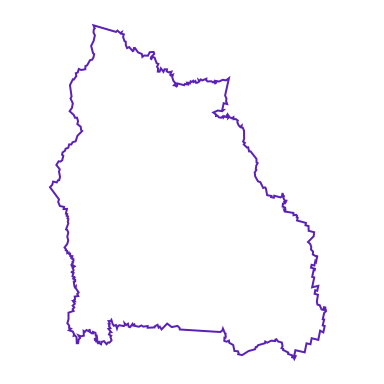 Armidale, New South Wales, Australia (Equal Earth projection), rotated 184°
{"feature_id": "25037944B44637712818530", "entity_name": "Armidale", "entity_type": "district", "adm_level": 2, "iso_a3": "AUS", "parent_name": "Australia", "parent_adm1": "New South Wales", "projection": "equal_earth", "projection_center": [152.07, -30.435], "detail": "fine", "context": "isolated", "style": "outline", "palette": "violet", "viewbox_px": 384, "rotation_deg": 184, "n_neighbors": 0, "source": "geoboundaries", "source_scale": "gbopen_adm2", "svg_char_len": 5878}
<svg xmlns="http://www.w3.org/2000/svg" viewBox="0 0 384 384"><g transform="rotate(184 192 192)"><path d="M301.9,351.4L300.4,348.3L301.3,347.5L301.4,344.3L299.8,341.5L300.7,335.8L302.8,330.7L300.4,323.6L299.2,322.7L299.8,319.0L300.9,317.0L302.9,316.4L305.5,311.0L307.1,310.2L307.0,307.0L311.0,306.0L313.5,306.8L314.3,303.3L316.2,302.4L315.5,299.5L317.8,295.9L318.7,296.1L321.2,290.1L318.8,278.9L319.7,276.8L317.1,272.2L317.6,267.6L319.7,264.1L315.2,260.5L313.9,257.9L311.9,258.1L310.6,254.6L311.1,251.7L307.6,249.4L306.9,246.1L305.8,245.2L310.2,240.1L311.6,234.5L314.6,233.3L315.7,231.0L317.9,230.9L318.5,227.5L321.1,226.4L321.6,224.3L323.9,222.4L324.2,220.1L322.9,219.2L323.7,214.6L325.3,213.2L327.2,213.3L329.2,209.5L325.5,205.4L326.1,203.0L324.7,197.9L325.3,194.6L326.4,194.4L327.6,192.1L331.3,192.7L331.9,189.4L334.0,186.9L324.2,175.4L324.8,172.7L322.8,168.8L318.6,168.2L318.9,166.0L315.6,166.4L316.3,161.6L315.0,161.3L315.4,159.5L314.0,159.0L314.4,157.0L313.4,156.4L313.8,153.5L313.2,152.1L315.0,145.9L313.8,145.4L312.6,142.9L313.3,138.7L312.1,135.1L312.8,131.6L315.3,127.7L313.7,126.0L313.9,125.1L312.5,124.6L312.2,122.3L310.7,123.0L310.3,121.7L309.3,121.9L309.0,119.7L307.6,119.7L307.8,118.6L306.9,119.2L306.9,117.0L305.6,116.7L305.4,115.1L306.3,114.0L305.8,113.2L306.6,112.4L306.1,111.3L307.2,110.6L306.3,109.3L305.5,110.4L303.9,109.7L305.8,107.9L304.7,105.9L305.3,103.8L307.1,104.1L305.3,102.9L304.3,104.0L305.4,99.6L303.9,98.6L302.6,99.4L304.4,97.2L302.4,96.4L302.3,94.7L303.7,94.4L302.7,89.7L302.0,88.6L301.3,89.5L301.3,88.0L298.1,83.9L299.4,82.3L298.2,80.3L301.7,79.5L301.2,76.8L302.1,76.0L301.3,74.9L303.1,74.9L301.1,72.3L303.1,70.3L301.4,68.7L302.9,66.8L301.8,65.1L306.8,63.0L306.3,56.5L307.2,52.4L305.2,50.1L305.1,47.8L303.3,47.2L305.1,45.5L301.2,44.5L299.8,42.1L300.0,40.3L298.8,40.8L297.1,39.2L296.4,33.1L295.0,33.2L294.8,37.0L293.5,38.5L295.2,41.1L292.9,40.3L289.9,41.1L290.4,45.8L289.1,45.0L287.7,46.9L285.0,45.8L284.6,48.1L284.0,45.2L282.1,44.0L280.9,44.1L281.0,45.5L278.5,44.8L278.0,42.0L277.1,42.2L276.6,40.2L278.7,38.8L278.5,37.5L277.6,36.8L276.1,39.2L276.7,36.2L274.4,36.2L275.9,34.1L274.4,35.1L272.1,33.8L271.7,36.2L269.4,37.1L266.6,34.2L265.2,36.1L263.8,36.0L261.9,38.4L263.3,41.8L262.6,42.9L264.9,44.1L263.9,46.5L262.9,46.6L265.8,49.7L263.9,50.5L265.5,52.4L265.0,53.4L265.9,54.5L264.9,55.0L266.2,57.4L264.2,57.6L263.5,58.8L261.9,54.7L260.7,53.1L258.6,54.0L257.3,50.6L256.7,52.9L255.2,54.0L250.6,53.5L249.7,54.8L250.1,56.4L248.3,54.7L246.7,56.1L245.7,53.2L244.4,52.8L242.1,56.3L241.3,54.7L240.2,55.8L239.6,54.4L235.6,53.9L233.2,55.3L231.2,54.3L226.9,55.2L226.8,53.5L219.9,54.3L219.9,55.3L217.1,57.1L215.8,54.4L214.7,55.4L212.8,52.8L207.6,59.0L202.8,55.8L197.2,57.4L195.0,55.7L194.6,54.0L154.1,54.3L152.1,55.9L151.6,57.9L149.3,53.3L147.8,52.8L149.0,52.7L148.2,50.5L148.4,49.0L149.5,49.0L149.4,45.7L146.9,45.1L144.8,46.3L144.3,44.2L140.2,42.2L138.6,36.4L135.1,36.3L134.2,34.5L134.6,33.4L130.6,32.8L124.5,37.3L118.2,39.5L117.6,41.7L116.7,41.7L115.4,43.8L108.7,46.2L108.5,47.9L106.5,46.9L102.6,49.2L98.7,49.1L98.5,50.6L97.5,51.0L95.8,48.9L91.9,48.1L90.9,44.6L91.8,42.5L90.1,41.9L90.2,40.8L84.8,38.6L84.9,37.2L80.4,35.9L80.6,34.1L78.9,33.8L78.3,32.6L77.1,35.5L78.6,35.8L77.8,41.4L68.4,39.9L67.2,49.0L63.2,48.4L62.4,54.5L55.7,53.3L54.5,62.6L51.2,61.1L50.3,67.6L52.3,68.0L51.3,74.0L52.7,74.2L51.7,80.6L50.0,82.5L50.4,84.0L51.3,83.8L51.0,86.1L52.3,86.3L52.7,83.5L54.6,83.9L56.7,88.0L59.0,88.4L59.8,91.4L59.2,98.3L62.6,99.0L62.2,102.6L60.2,102.2L59.5,107.2L65.5,105.3L64.1,115.3L66.2,115.7L65.2,122.7L64.2,122.5L64.0,124.0L68.0,124.8L67.6,127.7L64.8,127.2L64.2,131.6L63.4,130.7L62.5,137.4L63.3,136.3L67.1,138.1L67.1,141.0L69.3,143.0L69.2,145.5L70.4,148.4L72.8,150.2L67.5,156.4L67.4,160.4L72.9,161.4L73.4,166.2L76.5,166.7L76.2,169.1L85.2,170.9L84.8,173.8L85.8,174.1L85.6,175.6L86.5,176.5L89.1,175.9L89.4,178.2L98.2,179.0L99.0,180.9L97.6,180.7L98.0,182.9L100.6,183.8L100.5,186.7L98.7,187.1L99.2,188.3L97.9,188.2L97.3,189.9L98.8,189.9L99.8,191.3L101.0,193.9L99.3,194.0L100.8,194.6L101.6,197.3L102.0,194.1L103.3,192.8L109.7,194.0L110.0,192.0L112.7,192.4L112.5,193.6L116.8,194.1L118.6,200.8L119.5,201.7L121.3,201.0L124.5,206.6L126.9,207.2L130.1,212.1L130.8,215.8L129.3,218.6L130.0,219.4L129.7,223.0L128.5,225.4L129.7,226.1L130.0,229.5L136.4,236.6L137.9,236.5L139.1,240.5L140.3,240.2L143.7,243.1L142.7,244.7L144.5,245.8L143.7,248.8L144.4,256.8L145.8,259.6L147.2,259.8L147.1,261.7L148.5,260.3L150.1,261.7L151.7,264.9L151.3,266.5L153.4,267.8L155.7,267.5L155.9,269.5L157.5,268.3L160.1,269.5L160.9,268.6L160.7,270.5L161.7,271.7L162.1,268.4L162.8,270.4L163.4,269.2L164.8,269.8L165.9,268.3L166.5,269.7L168.1,268.1L170.4,268.4L172.0,270.0L173.4,269.5L173.5,271.0L176.3,272.8L171.9,275.1L167.5,274.7L166.4,275.9L167.6,275.7L166.6,282.8L163.1,282.2L164.4,285.2L164.1,287.4L165.7,290.6L163.1,308.1L165.9,305.7L169.1,306.1L172.7,304.1L176.3,304.5L175.5,302.8L176.5,302.0L177.7,303.7L178.7,302.8L180.4,303.8L184.2,303.4L185.6,304.5L185.6,306.0L189.6,304.0L191.1,304.9L192.2,303.3L193.1,304.0L192.6,302.6L194.2,301.4L195.6,301.2L196.4,303.0L198.0,301.8L198.6,303.0L199.9,301.8L201.1,302.3L201.7,300.1L203.3,300.7L203.3,299.5L204.4,300.1L204.1,299.0L206.6,299.3L207.2,298.0L214.2,299.3L214.2,296.9L215.4,295.6L214.9,297.0L217.4,297.2L215.9,299.2L218.3,301.6L219.8,305.3L219.2,307.7L221.2,306.7L221.9,307.3L220.9,310.6L223.5,309.7L225.7,310.6L225.5,312.6L228.0,312.5L228.9,309.9L231.7,313.2L232.7,309.8L234.5,309.7L234.5,312.9L235.6,314.6L234.5,317.4L236.3,318.1L238.7,323.4L240.9,324.1L241.8,321.8L242.4,322.1L242.1,323.9L239.3,327.2L240.1,329.0L243.9,328.5L245.5,324.9L249.3,324.8L250.9,323.3L251.7,326.2L255.6,327.5L259.0,331.7L260.0,331.5L260.2,328.9L261.0,328.4L264.8,332.2L266.8,331.0L268.2,333.8L268.6,337.3L269.9,337.9L271.6,341.9L271.0,344.5L273.8,345.0L273.4,346.4L274.6,345.5L277.7,347.8L279.0,346.4L301.9,351.4Z" fill="none" stroke="#5b21b6" stroke-width="2"/></g></svg>